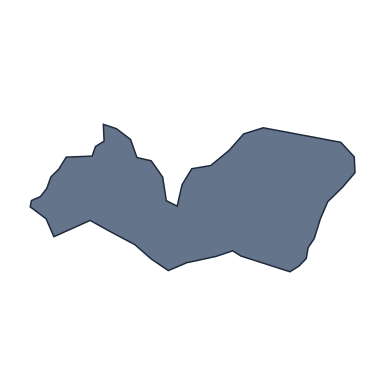 the District of Lira, rotated 283°
{"feature_id": "UGA-3099", "entity_name": "Lira", "entity_type": "District", "adm_level": 1, "iso_a3": "UGA", "parent_name": "Uganda", "parent_adm1": "", "projection": "orthographic", "projection_center": [32.907, 2.332], "detail": "fine", "context": "isolated", "style": "filled", "palette": "slate", "viewbox_px": 384, "rotation_deg": 283, "n_neighbors": 0, "source": "natural_earth", "source_scale": "10m", "svg_char_len": 721}
<svg xmlns="http://www.w3.org/2000/svg" viewBox="0 0 384 384"><g transform="rotate(283 192 192)"><path d="M135.4,119.8L141.4,99.1L117.4,67.5L133.1,55.8L141.1,37.7L147.6,37.5L153.4,45.3L162.9,49.7L174.9,51.1L184.4,57.1L197.7,61.6L204.5,86.6L214.6,87.7L221.8,94.9L238.0,90.4L236.7,104.1L229.4,120.3L213.2,130.6L213.2,145.3L199.9,160.1L177.8,168.9L174.9,180.7L197.0,180.7L214.7,186.6L222.0,204.3L241.2,219.0L260.3,229.3L270.6,247.0L273.9,325.8L262.7,342.2L247.5,346.5L230.1,337.4L213.2,326.5L194.6,323.1L174.2,321.6L163.9,317.7L152.9,318.3L144.0,313.0L136.3,305.4L140.6,254.1L143.8,244.8L134.6,229.8L121.9,202.8L110.1,186.6L117.5,167.4L127.8,148.3L135.4,119.8Z" fill="#64748b" stroke="#1e293b" stroke-width="1.5"/></g></svg>